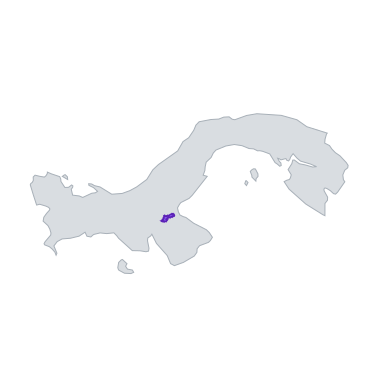 Santa María, Herrera, Panama shown in context, rotated 342°
{"feature_id": "35544464B33325407624230", "entity_name": "Santa María", "entity_type": "district", "adm_level": 2, "iso_a3": "PAN", "parent_name": "Panama", "parent_adm1": "Herrera", "projection": "orthographic", "projection_center": [-80.702, 8.094], "detail": "fine", "context": "in_parent", "style": "filled", "palette": "violet", "viewbox_px": 384, "rotation_deg": 342, "n_neighbors": 0, "source": "geoboundaries", "source_scale": "gbopen_adm2", "svg_char_len": 5780}
<svg xmlns="http://www.w3.org/2000/svg" viewBox="0 0 384 384"><g transform="rotate(342 192 192)"><path d="M338.8,177.8L337.8,178.5L334.9,182.8L333.3,186.5L337.1,190.3L338.3,194.4L340.5,198.9L343.9,203.3L347.8,211.6L348.7,214.9L347.6,217.1L344.0,218.5L340.7,222.4L339.8,227.1L340.5,229.5L330.5,237.1L327.9,238.4L326.1,237.3L324.0,233.5L321.4,230.4L320.0,229.4L319.2,229.3L318.4,230.0L318.0,231.7L319.4,238.8L318.3,241.7L314.9,244.0L311.1,255.6L309.5,254.1L296.5,238.6L285.2,219.3L282.8,210.6L285.7,210.1L288.5,210.2L290.0,208.9L291.7,206.3L290.3,200.4L295.7,195.9L297.7,192.8L299.2,193.2L302.8,198.3L308.0,201.2L314.4,205.5L318.3,206.4L313.3,202.0L304.7,196.1L302.3,192.2L300.0,186.8L296.6,189.2L295.1,191.2L293.4,192.3L291.9,191.0L291.6,189.2L286.5,188.9L285.2,187.3L283.9,186.4L284.5,189.8L285.5,191.9L285.0,194.4L283.4,194.6L281.9,192.0L280.1,189.7L277.7,179.8L271.9,175.2L269.3,173.7L267.1,173.1L263.9,170.0L259.7,168.3L253.9,163.4L246.9,159.9L238.3,158.7L227.8,159.5L224.3,161.5L221.9,164.0L220.8,165.1L214.7,168.0L212.3,172.1L210.9,175.5L207.8,179.5L211.3,181.8L191.2,195.2L187.2,197.2L178.1,198.6L176.1,200.0L173.3,202.6L172.9,206.6L173.4,210.1L176.0,212.7L178.3,214.3L184.0,222.3L194.0,232.3L195.9,235.9L197.4,241.4L194.4,243.9L192.1,245.0L182.6,245.4L179.3,247.6L178.0,250.9L174.4,253.6L162.1,256.3L152.5,256.6L149.5,253.5L148.8,244.8L142.3,229.9L140.8,219.7L139.2,221.0L135.7,222.1L134.6,224.7L133.7,232.2L132.4,234.8L129.8,234.6L124.3,231.8L117.1,229.3L107.9,213.3L106.9,210.3L105.1,206.7L98.0,205.2L91.9,202.5L85.3,202.0L81.9,203.5L78.4,201.6L77.9,197.2L70.9,199.1L62.0,198.4L54.0,196.5L48.5,197.5L44.0,200.6L44.6,208.5L43.2,210.1L43.0,206.8L41.4,203.1L39.5,200.0L35.5,196.7L35.3,195.5L36.9,193.9L44.3,189.3L45.2,187.4L45.3,183.3L44.6,179.4L41.4,173.7L43.3,170.2L47.1,167.4L50.9,165.2L51.6,164.2L50.9,162.3L48.6,160.2L43.4,156.6L40.2,156.4L40.2,146.1L40.4,135.2L41.2,134.2L43.1,133.5L44.7,131.9L45.6,128.7L47.9,127.5L52.0,130.0L56.2,132.2L58.0,131.5L59.3,130.5L60.3,129.4L60.6,128.4L63.9,131.3L70.9,136.5L71.2,139.0L70.6,141.5L72.5,148.4L76.1,149.4L79.7,148.1L80.6,149.4L79.9,150.7L78.0,152.1L77.5,158.1L83.5,160.9L86.4,163.4L96.3,162.2L99.9,162.9L102.4,162.2L99.7,157.4L96.0,153.8L96.3,152.2L99.1,153.4L101.2,155.8L106.1,158.8L115.0,169.3L125.2,171.8L133.3,171.5L140.9,170.1L152.9,166.1L161.6,158.8L168.6,155.5L191.1,148.5L199.0,141.3L202.4,140.3L205.6,139.4L212.7,133.9L216.4,129.6L220.5,127.4L232.3,128.9L240.0,130.9L245.4,130.6L250.5,132.0L252.7,135.2L255.1,136.5L267.6,136.1L277.9,137.6L300.6,146.7L314.1,155.7L321.4,165.4L338.8,177.8ZM111.7,250.4L108.7,250.7L102.7,248.4L98.3,243.8L98.0,242.4L98.1,240.9L100.5,236.3L103.7,234.7L105.0,234.7L108.0,240.1L105.9,242.1L106.8,245.4L111.2,247.8L111.7,250.4ZM257.1,199.1L256.1,201.4L253.6,196.3L254.0,195.0L253.8,190.4L256.2,189.2L257.9,189.0L259.4,189.7L260.3,195.1L259.6,197.6L257.1,199.1ZM78.2,139.1L77.6,141.7L73.5,137.1L75.9,136.3L76.8,136.4L78.2,139.1ZM248.2,200.3L245.8,202.7L244.8,200.4L246.5,198.0L247.1,198.0L248.2,200.3Z" fill="#d9dde1" stroke="#a8b0b8" stroke-width="1"/><path d="M161.1,206.8L160.9,206.8L160.7,207.0L160.6,206.9L160.3,206.9L160.3,207.1L160.2,207.0L160.1,206.9L160.0,207.1L159.9,207.0L159.7,207.0L159.7,206.9L159.3,206.8L159.2,206.7L158.9,206.7L158.7,206.7L158.7,206.4L158.5,206.5L158.4,206.5L158.4,206.4L158.3,206.5L158.2,206.5L158.2,206.4L158.1,206.5L158.0,206.4L158.0,206.5L157.9,206.6L157.7,206.6L157.4,206.6L157.5,206.6L157.5,206.8L157.6,207.0L157.3,207.1L157.2,207.1L157.0,207.3L156.9,207.4L156.9,207.5L156.9,207.8L157.0,207.9L156.9,207.9L156.9,208.0L157.0,208.1L156.9,208.2L157.0,208.3L156.9,208.5L156.7,208.7L156.4,208.6L156.2,208.6L155.9,208.7L156.0,208.8L155.8,209.1L155.9,209.4L155.8,209.5L155.7,209.4L155.3,209.5L155.2,209.5L155.2,209.4L154.9,209.6L154.7,209.7L154.4,209.7L154.4,209.8L154.2,209.9L154.1,210.0L153.9,210.0L154.0,210.1L153.9,210.2L153.9,210.3L154.1,210.4L154.1,210.5L154.3,210.7L154.6,210.7L154.8,210.9L154.8,211.0L155.0,211.1L154.9,211.1L155.0,211.2L155.2,211.3L155.6,211.3L155.6,211.2L155.8,211.3L156.0,211.3L156.1,211.5L156.2,211.4L156.2,211.5L156.3,211.5L156.5,211.6L156.7,211.8L156.8,211.7L156.9,211.8L157.1,211.8L157.1,211.7L157.3,211.6L157.5,211.6L157.8,211.7L157.9,211.8L158.0,211.8L158.3,211.8L158.4,212.0L158.5,211.9L158.7,211.7L158.8,211.7L159.0,211.6L159.3,211.4L159.2,211.4L159.3,211.3L159.5,211.3L159.6,211.2L159.7,211.3L159.6,211.1L159.8,211.1L159.6,211.0L159.6,210.9L159.3,210.7L159.4,210.3L159.5,210.3L159.4,210.2L159.5,210.2L159.8,210.0L159.7,209.8L159.8,209.8L159.9,209.7L160.0,209.7L160.3,209.4L160.6,209.4L160.8,209.4L160.8,209.5L161.0,209.5L161.2,209.4L161.3,209.4L161.4,209.2L161.5,209.0L161.9,209.2L162.0,209.1L162.3,209.0L162.5,209.1L162.7,209.3L162.8,209.2L162.9,209.3L162.9,209.2L163.0,209.2L163.0,209.3L163.0,209.2L163.1,209.3L163.2,209.2L163.3,209.2L163.5,209.2L163.8,209.2L163.8,209.3L164.0,209.3L164.3,209.3L164.5,209.4L164.6,209.2L164.8,209.1L165.0,209.2L165.1,209.3L165.1,209.2L165.3,209.2L165.4,209.3L165.5,209.3L165.6,209.2L165.6,209.3L165.8,209.2L165.9,209.3L166.1,209.2L166.2,209.3L166.3,209.3L166.5,209.4L166.6,209.2L166.8,209.1L167.2,209.2L167.5,209.3L167.5,209.2L167.8,209.0L167.9,208.9L168.0,208.9L168.1,208.7L167.9,208.4L167.8,208.2L168.0,207.8L168.0,207.6L167.8,207.4L167.7,207.3L167.5,207.2L167.4,206.9L167.2,207.0L167.1,206.8L166.9,206.7L166.8,206.8L166.7,206.9L166.7,207.1L166.3,207.1L166.0,207.0L165.9,207.0L165.9,206.9L166.3,206.7L166.4,206.4L166.2,206.3L165.9,206.6L165.4,206.6L164.9,206.6L164.2,206.7L163.8,206.9L163.7,206.9L163.5,207.1L163.4,207.2L163.1,207.1L162.9,207.2L162.8,207.3L162.6,207.3L162.4,207.4L162.3,207.5L162.2,207.5L162.2,207.3L162.2,207.2L161.7,207.1L161.4,207.1L161.5,206.9L161.8,206.9L161.8,207.0L161.7,206.7L161.4,206.8L161.1,206.8Z" fill="#8b5cf6" stroke="#5b21b6" stroke-width="1.5"/></g></svg>